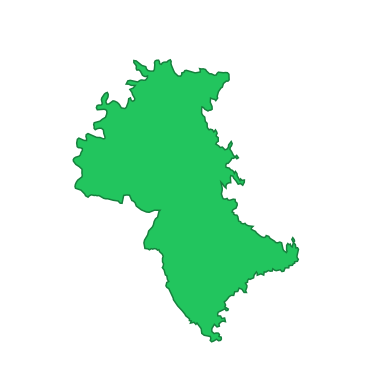 the district of São José dos Ausentes, Rio Grande do Sul, Brazil, rotated 299°
{"feature_id": "56859067B10014476741522", "entity_name": "São José dos Ausentes", "entity_type": "district", "adm_level": 2, "iso_a3": "BRA", "parent_name": "Brazil", "parent_adm1": "Rio Grande do Sul", "projection": "robinson", "projection_center": [-49.931, -28.671], "detail": "fine", "context": "isolated", "style": "filled", "palette": "green", "viewbox_px": 384, "rotation_deg": 299, "n_neighbors": 0, "source": "geoboundaries", "source_scale": "gbopen_adm2", "svg_char_len": 5993}
<svg xmlns="http://www.w3.org/2000/svg" viewBox="0 0 384 384"><g transform="rotate(299 192 192)"><path d="M254.5,82.1L255.6,84.3L255.8,87.2L257.7,90.7L254.5,90.2L251.6,87.9L249.9,91.3L248.4,92.7L246.1,96.6L244.3,97.2L242.6,96.2L242.7,94.4L244.5,92.5L242.9,91.4L239.5,92.7L234.2,93.5L232.5,92.9L231.3,89.4L233.4,85.8L234.1,83.3L234.0,80.4L233.4,78.7L228.5,76.5L227.6,74.9L228.8,73.2L230.2,72.6L233.7,72.6L235.1,72.2L236.9,71.3L238.0,69.6L236.5,68.4L235.1,67.9L230.5,67.5L228.8,68.0L226.3,70.3L225.0,70.8L223.7,70.1L222.9,68.3L221.6,67.1L219.3,67.5L218.0,69.3L221.6,74.8L222.1,76.2L221.9,77.8L220.4,79.0L218.4,79.7L215.3,80.1L212.3,78.3L209.4,77.2L205.2,72.9L203.3,73.3L201.7,74.8L200.2,75.5L199.6,77.2L201.2,78.2L202.8,79.9L203.8,81.9L203.4,84.3L200.4,86.5L197.8,89.4L196.5,89.8L195.5,88.7L195.1,85.2L193.5,82.1L192.7,72.7L190.9,71.7L189.0,72.4L187.8,73.8L185.9,74.8L184.8,72.6L184.3,66.9L182.5,66.2L178.9,67.4L176.0,69.6L175.7,71.1L176.6,73.1L176.8,75.0L175.0,76.0L173.0,75.8L170.0,76.4L168.5,75.8L165.9,73.3L164.2,72.5L162.7,72.5L161.5,73.3L159.8,77.0L159.5,81.2L158.6,84.8L155.1,86.6L153.5,87.9L151.8,88.4L147.0,86.3L144.5,86.1L142.2,86.3L140.1,87.0L138.8,88.3L139.8,94.0L138.2,99.3L137.1,100.7L137.1,103.6L139.0,104.1L140.8,105.4L141.5,108.1L142.4,109.3L142.7,110.8L143.8,112.3L143.7,117.9L144.2,119.7L145.2,121.5L146.6,127.2L148.3,131.6L147.4,134.6L148.2,136.3L155.9,133.9L157.8,136.4L158.9,138.9L155.4,143.5L155.6,145.1L155.1,147.3L152.7,150.1L151.8,156.4L152.4,161.8L153.5,164.4L157.9,168.0L160.5,172.9L158.7,172.6L153.3,174.1L150.8,173.1L147.9,173.2L144.4,174.2L142.2,174.3L136.9,173.0L133.0,174.0L126.9,173.8L124.2,174.6L119.8,178.2L120.9,181.1L120.8,182.8L122.7,183.8L123.0,185.4L124.1,186.2L124.9,188.4L124.4,190.0L125.5,191.0L124.1,192.6L123.2,196.1L121.9,197.9L119.6,198.4L116.6,200.1L115.4,202.0L112.9,202.8L111.5,202.7L110.3,205.4L106.6,208.9L106.5,210.6L103.6,212.9L102.4,215.0L100.6,213.8L97.3,214.7L96.4,216.2L96.2,218.6L90.2,226.9L88.8,228.0L85.4,234.8L83.4,241.0L81.8,244.9L80.7,246.5L79.9,251.2L78.3,252.0L78.9,253.9L76.6,254.2L79.0,256.9L78.1,259.6L79.8,259.9L76.9,266.3L73.1,269.1L72.6,272.1L74.5,278.0L73.0,279.5L71.0,279.9L70.5,281.8L72.3,283.3L75.1,284.8L74.8,287.4L76.1,288.9L77.6,289.0L79.2,287.9L78.7,285.6L80.7,285.1L81.3,283.3L80.4,281.5L78.9,279.9L79.6,277.0L82.1,275.6L87.1,275.7L86.1,279.3L87.9,281.0L89.8,279.5L92.9,280.6L94.1,281.7L94.8,284.1L97.6,281.6L95.8,279.4L97.4,277.1L96.2,274.6L97.8,273.5L99.6,273.2L105.8,277.5L104.8,279.4L105.8,280.7L107.2,280.5L107.5,276.3L109.4,276.2L111.5,273.5L113.8,274.5L118.7,275.3L120.7,276.5L121.8,278.6L125.4,277.7L127.2,280.2L130.8,279.8L131.1,282.9L129.4,286.2L130.5,288.3L131.7,286.7L135.1,286.2L136.7,285.5L138.2,282.9L140.0,284.3L141.4,283.5L143.4,283.7L143.8,285.2L146.8,287.5L149.2,286.6L153.3,287.1L152.5,288.5L150.8,289.4L153.8,291.9L154.1,295.0L157.1,293.9L157.8,295.5L160.3,296.8L160.7,298.9L161.8,300.5L164.0,299.9L163.7,302.2L164.0,303.8L166.8,306.9L166.0,309.2L167.3,310.7L170.8,310.3L172.6,313.4L174.7,312.6L176.6,315.4L178.4,315.3L179.5,316.3L180.7,315.6L182.5,317.8L184.7,317.6L185.4,316.0L186.7,314.9L193.5,312.9L194.4,311.3L193.5,310.0L196.2,307.8L196.9,305.2L192.5,306.2L192.8,304.6L194.1,303.2L192.9,302.3L193.4,300.8L191.3,300.6L187.2,302.8L186.2,303.9L184.8,303.9L185.2,300.7L186.0,299.4L191.0,295.0L190.8,293.1L189.0,291.5L188.4,289.6L189.0,288.1L189.3,282.8L190.4,280.6L189.9,278.0L188.4,278.2L187.0,276.9L186.5,274.6L186.7,272.2L187.5,268.2L188.3,266.6L188.1,261.9L189.4,261.4L191.5,262.0L189.8,257.8L189.6,255.3L190.3,253.6L189.0,252.3L188.5,250.2L189.5,249.0L189.2,246.9L192.6,244.1L193.5,242.5L192.8,241.0L192.8,239.2L194.2,238.5L193.9,236.8L195.7,236.3L197.8,237.2L199.1,238.3L202.5,237.9L204.1,236.8L204.6,234.6L206.4,233.3L205.7,231.5L203.1,229.1L202.5,227.5L203.4,225.8L201.9,224.5L201.2,222.7L202.0,221.4L204.6,218.6L208.1,217.6L210.0,216.6L214.6,212.6L213.8,215.1L212.5,217.5L212.0,219.8L213.6,218.8L215.5,218.4L217.8,219.6L218.9,221.4L223.3,218.5L225.2,218.0L225.7,220.1L224.4,221.6L223.1,225.1L221.2,228.6L222.9,230.3L222.5,233.1L225.9,233.0L227.9,232.0L226.4,230.0L227.0,228.2L225.2,228.4L228.1,223.7L229.9,222.4L231.0,220.0L228.8,220.0L229.9,218.6L230.5,216.9L230.2,214.9L231.0,213.2L230.1,209.8L231.7,208.6L233.6,208.3L234.6,209.7L238.6,210.6L240.8,210.5L241.7,212.2L243.6,212.6L244.1,210.5L246.6,206.9L247.7,204.5L249.6,203.8L251.5,204.1L253.8,203.7L255.2,201.8L251.0,201.2L248.7,202.1L246.3,201.7L244.9,200.3L246.0,196.8L244.6,195.1L245.3,193.0L245.5,189.6L247.3,189.5L249.1,190.4L252.3,188.5L252.5,186.3L253.7,185.6L255.4,185.6L256.4,184.6L257.7,182.4L255.1,182.0L256.3,179.7L255.8,177.6L254.7,176.8L255.2,175.3L256.1,173.9L259.4,171.9L260.2,169.4L263.7,166.8L264.2,164.4L265.5,162.3L269.4,160.1L271.3,159.5L271.4,161.1L270.6,163.1L270.6,166.7L271.9,167.5L272.8,168.8L274.2,169.5L276.6,168.0L279.3,164.5L283.1,162.7L283.4,165.1L284.0,166.9L283.4,168.5L286.6,168.9L287.9,167.6L292.6,166.5L296.9,166.9L298.4,167.7L302.1,166.9L305.6,168.2L306.4,169.7L308.1,170.1L312.9,167.2L313.5,165.1L312.7,163.3L311.6,161.8L309.6,157.0L307.8,156.4L306.2,156.5L304.9,155.0L304.8,151.8L303.9,149.9L304.8,146.2L305.7,144.4L305.2,142.2L304.1,140.5L303.6,138.9L302.7,140.0L300.9,141.0L297.7,137.0L295.7,128.1L294.7,126.9L292.7,126.8L291.2,125.3L289.8,126.1L287.8,125.9L286.7,123.6L287.9,119.0L289.2,117.1L292.9,112.5L294.3,111.2L296.2,110.4L297.1,108.9L295.4,107.6L293.4,107.0L292.1,104.7L290.6,103.5L288.7,103.2L288.6,101.4L290.1,100.4L291.1,98.9L289.9,97.0L288.6,96.2L286.8,96.5L285.4,97.7L280.8,99.7L279.1,99.6L277.7,97.4L276.9,94.7L277.5,92.6L279.2,90.8L278.4,86.8L279.6,79.7L278.8,77.4L277.0,78.4L275.4,82.1L272.7,83.5L271.9,84.8L273.0,86.0L272.7,88.2L270.1,92.1L270.0,94.2L270.6,95.7L271.9,96.8L270.3,97.6L267.3,97.1L266.3,95.6L265.6,93.7L264.7,92.6L261.9,91.1L259.7,83.8L258.1,82.0L254.5,82.1ZM196.9,305.2L198.8,305.5L199.9,304.4L200.9,302.3L198.9,302.3L196.9,305.2ZM243.6,212.6L242.8,215.1L244.4,216.0L245.7,213.3L243.6,212.6Z" fill="#22c55e" stroke="#15803d" stroke-width="1.5"/></g></svg>